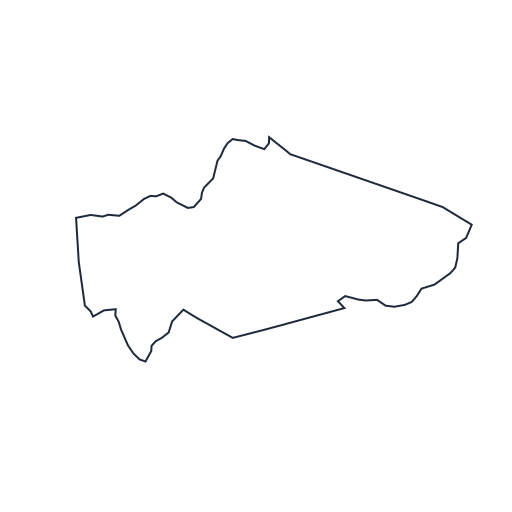 Pedro Velho, Rio Grande do Norte, Brazil (orthographic projection), rotated 306°
{"feature_id": "56859067B99924814436058", "entity_name": "Pedro Velho", "entity_type": "district", "adm_level": 2, "iso_a3": "BRA", "parent_name": "Brazil", "parent_adm1": "Rio Grande do Norte", "projection": "orthographic", "projection_center": [-35.235, -6.465], "detail": "fine", "context": "isolated", "style": "outline", "palette": "slate", "viewbox_px": 512, "rotation_deg": 306, "n_neighbors": 0, "source": "geoboundaries", "source_scale": "gbopen_adm2", "svg_char_len": 1099}
<svg xmlns="http://www.w3.org/2000/svg" viewBox="0 0 512 512"><g transform="rotate(306 256 256)"><path d="M181.1,88.0L147.0,116.1L115.3,146.7L114.0,154.9L111.2,159.7L122.7,165.0L130.5,173.8L125.1,177.2L121.9,183.9L117.3,189.8L108.4,205.0L105.0,214.5L103.9,222.7L105.7,228.6L117.6,227.1L121.9,224.3L128.3,225.0L134.1,227.8L142.8,230.3L153.7,226.6L169.9,228.8L170.7,239.8L171.3,246.3L176.1,285.3L200.6,305.6L265.8,358.1L267.6,348.9L276.0,351.7L281.1,364.8L284.4,370.8L291.7,379.8L292.0,390.1L296.3,397.8L303.9,405.1L310.4,409.0L318.2,409.6L326.9,409.1L337.8,417.2L356.4,423.3L363.7,424.0L372.6,420.2L385.2,412.1L394.2,415.4L408.1,412.1L405.3,378.2L398.3,354.9L358.5,223.9L358.9,217.9L359.8,196.8L354.8,200.2L347.3,199.9L344.5,190.1L343.0,179.9L339.1,173.2L336.9,168.4L330.7,166.7L324.1,167.0L315.9,168.8L310.6,168.8L293.6,175.7L280.8,173.8L275.4,175.1L269.9,178.0L259.0,176.9L254.8,172.6L252.8,160.2L253.4,152.9L251.9,144.2L245.6,140.1L242.5,135.2L236.2,131.8L226.2,129.1L217.3,125.2L208.2,121.8L202.5,112.2L197.8,108.8L192.0,98.1L181.1,88.0Z" fill="none" stroke="#1e293b" stroke-width="2"/></g></svg>